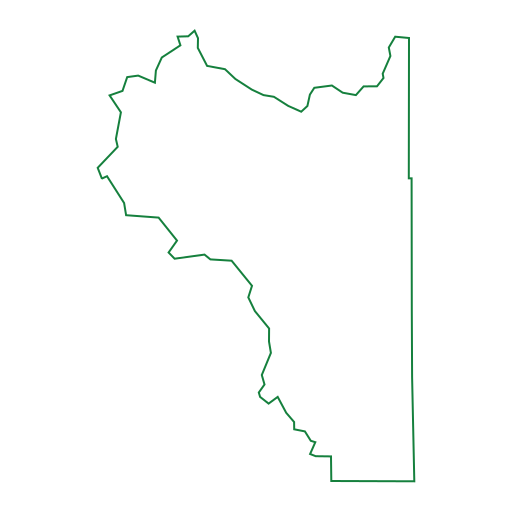 the district of Wasatch, Utah, United States of America
{"feature_id": "52423323B18830256049393", "entity_name": "Wasatch", "entity_type": "district", "adm_level": 2, "iso_a3": "USA", "parent_name": "United States of America", "parent_adm1": "Utah", "projection": "equal_earth", "projection_center": [-111.263, 40.295], "detail": "fine", "context": "isolated", "style": "outline", "palette": "green", "viewbox_px": 512, "rotation_deg": 0, "n_neighbors": 0, "source": "geoboundaries", "source_scale": "gbopen_adm2", "svg_char_len": 1041}
<svg xmlns="http://www.w3.org/2000/svg" viewBox="0 0 512 512"><path d="M127.2,77.1L122.5,90.9L109.6,95.4L120.9,112.3L115.9,139.0L117.7,146.8L97.7,167.8L101.7,178.1L102.3,178.4L107.0,176.2L124.1,203.0L126.1,215.2L158.6,217.6L177.0,240.6L168.6,252.5L174.6,258.7L204.5,254.6L210.4,259.4L231.6,260.7L252.0,285.8L248.3,297.4L254.9,311.1L269.1,328.5L269.0,341.5L270.9,352.9L261.8,375.0L264.5,384.5L258.8,392.5L260.1,396.9L268.6,403.6L277.7,396.9L286.2,412.8L294.1,422.0L294.2,429.3L304.9,431.4L310.8,440.8L315.3,442.2L310.1,454.0L315.7,456.2L331.0,456.4L331.3,481.0L414.3,481.3L412.1,377.0L411.8,310.7L411.6,178.3L408.8,178.3L409.0,38.0L395.2,36.7L388.8,47.5L390.4,56.0L382.7,73.7L383.5,78.0L377.0,86.3L363.6,86.4L355.9,95.1L342.7,92.7L331.9,85.5L314.3,87.8L309.9,94.6L307.4,106.0L301.2,111.7L288.2,105.9L273.9,96.8L263.5,95.1L251.8,89.6L235.4,79.0L225.0,69.2L207.1,65.9L197.8,47.9L198.0,38.2L194.6,30.7L188.2,36.3L177.6,36.6L180.4,45.3L161.8,57.5L155.9,70.5L154.9,82.7L138.2,75.6L127.2,77.1Z" fill="none" stroke="#15803d" stroke-width="2"/></svg>